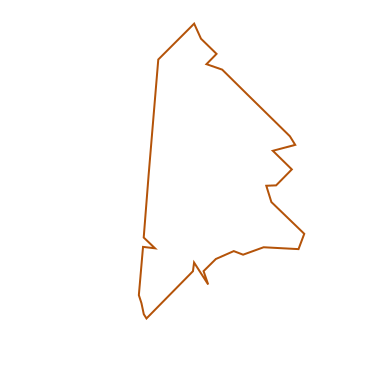 Peach, Georgia, United States of America (Robinson projection), rotated 314°
{"feature_id": "52423323B59548723036137", "entity_name": "Peach", "entity_type": "district", "adm_level": 2, "iso_a3": "USA", "parent_name": "United States of America", "parent_adm1": "Georgia", "projection": "robinson", "projection_center": [-83.838, 32.566], "detail": "fine", "context": "isolated", "style": "outline", "palette": "amber", "viewbox_px": 384, "rotation_deg": 314, "n_neighbors": 0, "source": "geoboundaries", "source_scale": "gbopen_adm2", "svg_char_len": 554}
<svg xmlns="http://www.w3.org/2000/svg" viewBox="0 0 384 384"><g transform="rotate(314 192 192)"><path d="M314.6,76.6L263.9,75.7L174.2,148.9L125.7,188.9L125.8,204.5L118.5,194.9L80.9,225.4L76.9,232.9L70.6,242.2L69.4,247.1L135.7,247.7L142.7,242.5L136.7,267.9L143.1,255.3L160.4,255.7L178.5,263.1L182.4,272.3L202.0,281.9L224.9,308.3L239.9,301.8L239.9,256.1L248.1,241.1L255.2,247.9L277.6,248.1L277.8,221.5L297.6,233.5L300.1,223.7L300.6,164.8L301.0,128.7L294.0,113.6L308.4,113.7L308.5,92.0L314.6,76.6Z" fill="none" stroke="#b45309" stroke-width="2"/></g></svg>